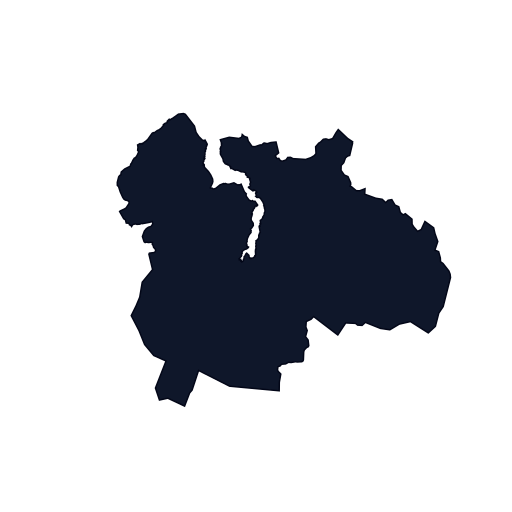 Norddal nor, Møre og Romsdal, Norway (Mercator projection), rotated 55°
{"feature_id": "86288312B15747524615282", "entity_name": "Norddal nor", "entity_type": "district", "adm_level": 2, "iso_a3": "NOR", "parent_name": "Norway", "parent_adm1": "Møre og Romsdal", "projection": "mercator", "projection_center": [7.286, 62.251], "detail": "fine", "context": "isolated", "style": "filled", "palette": "ink", "viewbox_px": 512, "rotation_deg": 55, "n_neighbors": 0, "source": "geoboundaries", "source_scale": "gbopen_adm2", "svg_char_len": 6117}
<svg xmlns="http://www.w3.org/2000/svg" viewBox="0 0 512 512"><g transform="rotate(55 256 256)"><path d="M379.7,314.3L372.9,309.4L366.9,303.4L363.4,304.0L361.8,303.8L359.2,301.5L359.9,299.3L359.3,297.2L361.4,293.6L361.7,290.4L363.4,288.3L365.3,284.2L366.4,283.1L368.9,279.1L368.9,277.6L368.2,276.7L361.9,271.9L360.7,270.4L360.0,267.0L360.3,265.3L359.7,264.2L354.7,261.5L350.5,261.7L346.4,256.8L342.8,255.9L338.7,252.6L338.6,251.9L339.4,247.2L338.7,243.5L367.6,234.3L362.3,220.9L368.3,213.1L370.9,212.4L373.7,208.9L373.1,204.5L386.7,195.6L393.2,188.7L394.0,177.7L398.3,167.1L417.8,159.0L416.5,149.4L407.6,139.0L404.8,131.7L385.2,109.0L382.2,107.4L378.9,106.6L369.4,107.1L366.5,108.1L363.3,106.1L357.2,103.9L353.8,106.1L348.4,98.8L340.2,96.5L334.8,94.3L324.6,97.8L329.1,105.5L328.5,109.5L322.6,110.1L319.5,109.9L315.3,107.1L307.0,109.4L306.7,111.9L303.1,112.8L297.5,110.8L294.0,112.9L287.7,112.4L286.1,115.8L286.7,119.1L281.9,120.1L277.3,124.8L267.7,131.5L263.4,128.1L262.0,133.7L260.0,136.4L254.1,138.0L252.7,138.9L251.8,137.4L250.2,136.4L243.7,135.1L240.3,137.2L234.6,137.2L230.7,134.3L229.9,130.6L227.0,126.5L226.7,124.2L226.9,122.9L227.4,121.6L219.1,112.3L218.0,112.2L218.1,111.5L217.9,111.3L212.3,113.5L199.6,116.1L200.9,119.7L203.6,125.5L203.6,126.4L202.5,129.7L200.2,131.5L199.1,133.6L199.0,134.1L199.7,137.9L199.5,139.8L200.7,144.5L206.5,148.1L207.2,150.7L206.9,154.7L205.4,159.9L197.5,169.8L195.0,171.1L193.5,173.4L194.5,176.4L193.3,180.4L191.4,181.4L189.1,181.3L188.1,183.1L184.9,182.7L184.5,178.3L174.1,174.2L171.6,178.7L170.4,182.4L168.2,184.4L168.0,184.9L168.3,187.8L167.4,188.8L165.9,194.0L164.1,196.4L157.3,196.4L153.8,195.1L151.4,196.9L148.6,197.6L149.9,198.9L150.4,199.9L149.9,202.6L143.4,209.8L140.3,218.5L144.2,219.6L144.2,220.0L145.9,220.9L146.6,222.6L147.6,223.5L147.6,223.9L149.9,224.8L149.9,225.2L150.6,225.2L151.0,226.1L152.4,226.8L157.4,227.3L159.8,228.4L162.7,228.3L164.0,227.6L164.2,227.0L164.9,227.0L164.9,226.6L168.0,225.6L168.0,226.0L170.0,226.4L170.3,225.6L173.9,223.9L173.9,223.2L175.6,221.5L178.5,219.9L179.8,218.2L181.5,216.9L182.4,216.8L182.9,217.6L184.4,217.7L186.9,217.0L186.9,217.5L187.8,216.7L188.9,216.4L189.1,217.0L192.5,218.1L193.6,219.8L195.4,220.4L195.7,221.7L195.2,222.5L195.6,222.9L200.9,221.2L201.1,220.6L200.4,220.4L200.4,219.7L203.3,218.7L204.2,218.7L204.1,220.1L204.4,220.4L206.9,220.9L206.9,222.0L208.5,221.7L209.4,220.6L209.5,219.9L211.5,219.3L215.8,219.4L219.6,220.3L219.4,220.8L221.4,221.2L221.4,221.6L223.2,222.1L224.9,223.3L225.4,224.4L227.0,225.7L228.0,228.2L228.5,228.1L229.3,230.4L229.3,232.1L231.7,233.4L231.7,233.9L232.4,233.8L233.3,236.1L234.0,236.0L234.0,236.7L239.2,239.0L239.3,240.1L240.4,241.0L240.4,241.7L242.6,243.2L243.5,245.4L243.6,247.4L244.1,247.4L245.7,249.0L247.5,249.7L247.5,250.2L248.2,250.8L250.0,251.5L250.0,251.9L250.4,251.9L250.4,252.6L251.8,253.8L254.8,255.6L255.1,256.0L255.0,256.7L255.8,257.1L255.8,259.8L255.5,261.1L255.1,261.1L255.1,261.6L254.4,261.8L254.4,262.3L251.6,261.9L251.4,261.4L248.3,262.0L248.4,262.9L249.6,265.1L249.8,266.2L251.3,267.3L251.5,268.2L252.0,268.2L252.3,268.8L252.8,269.9L252.7,271.1L251.4,271.1L251.4,270.7L251.8,270.6L251.3,270.6L251.3,271.3L250.5,270.9L250.6,271.2L250.3,271.3L250.3,270.7L250.1,270.7L249.8,271.4L249.4,271.4L249.4,271.8L248.5,271.4L248.6,270.9L248.2,270.3L247.9,268.3L247.1,267.2L245.9,266.6L245.9,265.9L245.3,265.9L244.8,264.8L244.1,264.8L244.2,261.5L244.8,259.7L244.7,257.5L244.4,257.0L243.5,257.5L243.5,257.9L242.0,257.7L241.9,257.1L239.9,256.5L239.0,254.9L237.9,254.3L236.6,252.8L234.7,249.5L233.9,246.6L232.8,246.2L232.7,245.5L230.7,245.1L230.6,243.5L229.5,240.7L227.5,239.5L223.9,239.4L222.1,238.2L220.5,236.0L219.8,236.0L219.8,235.6L219.4,235.6L219.4,235.1L218.7,235.2L218.7,234.5L217.6,234.3L217.1,232.3L216.6,232.3L215.8,229.7L214.8,228.1L214.8,227.5L215.1,226.8L215.6,226.8L215.3,225.7L214.9,225.9L214.9,225.4L210.6,225.4L209.8,226.7L208.5,227.2L208.5,228.3L206.1,229.6L201.8,229.7L200.1,229.2L199.6,228.3L196.8,228.7L188.6,227.0L188.5,228.2L187.1,230.4L183.4,232.1L181.8,236.8L180.6,238.4L178.9,239.6L178.5,241.1L178.0,241.1L177.1,244.7L177.5,250.1L176.8,252.5L175.3,253.0L174.3,254.4L173.8,254.2L171.4,250.0L170.2,248.6L168.1,247.4L163.7,246.6L159.5,246.5L153.7,247.3L151.6,246.2L151.3,246.6L151.3,246.1L149.3,246.2L148.3,244.2L147.2,243.6L147.2,242.9L146.5,242.7L146.7,242.2L146.0,242.3L146.0,241.8L145.3,241.6L145.3,241.2L144.9,241.2L144.9,240.7L144.2,240.5L143.7,239.7L141.5,238.2L141.4,237.5L140.8,237.3L139.6,235.5L139.2,235.8L139.1,235.1L138.7,235.1L137.3,232.9L136.9,232.9L137.0,232.5L136.4,231.8L133.3,231.4L131.9,231.3L132.2,232.0L131.3,232.4L131.1,233.3L125.5,234.3L120.4,234.2L114.3,231.9L99.4,232.6L97.7,233.7L95.3,238.2L95.4,244.0L95.9,244.2L95.4,244.2L95.5,244.9L95.3,245.3L95.1,248.7L94.2,248.7L94.7,251.4L95.2,251.3L95.8,252.4L95.2,254.2L95.2,256.0L95.3,256.5L95.8,256.4L96.9,260.2L97.0,263.1L96.6,264.9L96.7,268.2L96.4,269.3L96.0,269.4L95.9,270.7L98.5,278.0L98.6,279.7L98.8,280.4L98.7,282.0L98.9,283.3L98.6,284.2L99.1,284.2L99.1,284.6L98.6,284.6L98.2,286.2L97.4,286.5L97.1,289.3L99.2,290.3L101.6,292.4L103.3,292.2L105.4,295.7L106.3,298.2L106.3,298.7L106.0,299.4L106.9,301.8L108.7,304.9L108.8,305.8L110.3,307.5L109.4,313.6L109.9,318.2L112.1,320.3L111.8,321.4L112.4,323.1L116.1,327.4L118.6,329.1L120.4,328.8L125.5,330.4L131.4,331.5L133.5,331.6L135.2,331.0L136.8,329.5L138.6,328.8L140.1,329.8L142.1,334.8L142.0,336.8L141.2,341.4L141.3,342.2L149.6,343.0L151.4,342.2L154.6,343.4L156.4,341.2L157.8,341.8L159.2,341.0L160.5,341.0L159.6,339.2L160.1,337.4L160.8,336.1L161.8,335.4L163.3,332.9L163.7,331.0L164.3,330.6L167.4,323.8L168.2,321.2L170.5,322.1L171.6,325.0L170.7,327.6L170.7,330.2L171.6,333.2L174.9,337.9L180.1,339.5L181.4,339.1L181.6,338.1L183.5,336.1L184.1,334.8L185.5,333.0L187.0,334.3L188.3,334.2L190.1,334.9L193.0,334.6L194.0,335.1L194.8,336.5L194.8,337.3L192.5,341.7L193.1,342.7L207.8,348.5L212.2,364.2L223.0,374.8L228.0,382.7L233.3,392.4L250.0,394.6L264.6,398.0L278.9,396.8L290.4,389.9L306.5,414.1L318.6,417.7L321.9,409.8L338.0,400.6L330.1,388.9L329.2,385.3L316.8,368.7L347.5,352.3L379.7,314.3Z" fill="#0f172a" stroke="#020617" stroke-width="1.5"/></g></svg>